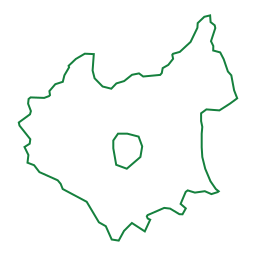 the border of Leicestershire
{"feature_id": "GBR-2054", "entity_name": "Leicestershire", "entity_type": "Kingdom", "adm_level": 1, "iso_a3": "GBR", "parent_name": "United Kingdom", "parent_adm1": "", "projection": "mercator", "projection_center": [-1.072, 52.67], "detail": "fine", "context": "isolated", "style": "outline", "palette": "green", "viewbox_px": 256, "rotation_deg": 0, "n_neighbors": 0, "source": "natural_earth", "source_scale": "10m", "svg_char_len": 1378}
<svg xmlns="http://www.w3.org/2000/svg" viewBox="0 0 256 256"><path d="M210.1,15.4L210.6,22.1L214.7,25.3L215.3,28.1L211.0,41.2L213.3,46.0L213.2,50.5L220.2,52.4L223.7,59.2L227.9,71.5L231.3,75.3L234.1,90.3L237.2,98.3L230.0,103.6L219.4,110.4L206.4,109.4L201.1,113.3L201.1,121.1L202.3,126.9L201.7,133.7L201.7,147.3L202.3,157.0L205.2,168.7L210.5,181.3L215.8,189.0L218.7,191.3L217.7,192.1L211.4,194.1L204.8,191.2L194.9,192.6L187.7,190.4L185.7,191.9L180.6,203.9L185.8,208.4L182.5,214.3L179.4,214.2L170.1,208.6L164.2,207.9L147.6,215.1L146.8,216.3L147.7,218.5L150.2,219.7L144.8,231.4L131.9,223.0L124.0,230.9L118.7,240.6L111.7,239.5L105.8,226.2L98.9,222.3L86.7,201.8L62.7,189.0L60.7,183.9L57.7,180.3L39.4,172.1L34.1,165.2L27.5,162.7L28.4,155.0L24.5,147.0L29.7,143.7L30.3,139.2L19.5,125.6L18.8,122.5L30.0,114.3L30.9,111.1L28.1,103.7L28.6,99.0L30.6,97.4L44.2,97.9L49.0,96.1L50.0,95.1L49.4,91.1L55.3,84.2L62.8,81.8L64.4,75.3L69.1,67.3L68.6,65.8L75.9,58.9L84.8,53.7L93.8,54.1L92.6,70.5L94.6,78.3L102.6,86.5L111.3,88.7L116.4,83.4L124.1,81.1L132.0,74.8L139.0,73.4L143.2,76.5L160.2,74.9L161.8,73.0L162.7,68.1L168.3,64.9L173.1,58.8L172.3,54.8L173.0,53.8L179.8,51.9L190.6,41.9L197.4,27.8L197.7,23.1L204.3,16.8L210.1,15.4ZM126.8,168.7L140.4,157.0L142.2,146.4L138.6,136.6L127.4,133.7L118.0,133.7L113.3,140.5L113.3,148.3L116.2,164.8L126.8,168.7Z" fill="none" stroke="#15803d" stroke-width="2"/></svg>